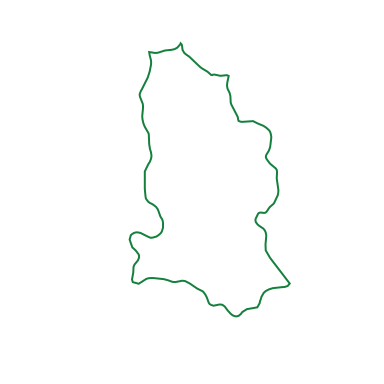 an SVG outline of Moquegua, rotated 139°
{"feature_id": "PER-574", "entity_name": "Moquegua", "entity_type": "Department", "adm_level": 1, "iso_a3": "PER", "parent_name": "Peru", "parent_adm1": "", "projection": "orthographic", "projection_center": [-70.819, -16.889], "detail": "fine", "context": "isolated", "style": "outline", "palette": "green", "viewbox_px": 384, "rotation_deg": 139, "n_neighbors": 0, "source": "natural_earth", "source_scale": "10m", "svg_char_len": 2743}
<svg xmlns="http://www.w3.org/2000/svg" viewBox="0 0 384 384"><g transform="rotate(139 192 192)"><path d="M132.5,325.7L128.6,321.1L126.4,319.5L119.5,316.5L114.3,312.8L111.3,311.2L108.4,310.6L103.7,311.2L103.1,311.6L103.0,310.1L103.9,308.4L105.9,305.5L106.6,302.0L106.1,299.1L105.3,296.2L103.9,281.2L103.3,278.5L101.4,272.7L100.7,267.7L100.1,267.0L99.2,266.8L98.1,266.0L94.3,261.0L89.3,257.5L88.9,257.1L88.2,255.5L93.5,251.5L95.8,249.3L97.4,246.7L98.6,242.1L100.1,239.2L103.9,234.4L104.5,233.3L105.0,231.9L108.2,218.8L108.9,217.5L109.7,216.3L110.2,215.1L109.3,213.3L108.1,212.0L99.4,205.4L97.4,200.5L94.7,195.1L93.8,191.9L93.4,188.7L93.4,187.2L93.8,185.5L95.2,182.8L96.4,181.1L103.6,174.6L106.8,172.8L111.5,171.3L112.8,170.5L113.7,169.3L114.1,167.5L114.5,163.1L114.4,161.4L113.3,154.7L113.6,153.0L114.6,151.4L119.1,146.7L125.6,136.7L128.0,134.3L129.6,133.2L136.8,130.0L138.2,129.6L143.0,129.6L144.7,129.3L147.7,128.4L149.2,128.1L150.6,128.4L151.7,129.3L153.6,131.4L154.7,132.1L155.9,132.3L156.7,132.1L161.6,130.0L162.8,128.9L163.6,127.3L163.8,124.5L163.5,122.5L162.2,117.7L162.2,116.4L162.3,115.1L162.8,113.4L163.8,111.5L164.8,110.1L171.1,104.0L174.7,99.5L176.3,91.0L178.3,58.8L181.5,58.3L184.5,59.6L185.7,60.5L186.0,60.8L194.1,66.4L197.7,68.0L201.5,68.9L204.1,68.8L208.4,67.3L210.2,66.1L212.4,64.9L213.9,63.7L218.4,62.1L227.5,67.6L232.9,68.4L235.1,67.9L237.9,67.9L239.9,68.8L241.4,70.5L242.3,72.5L242.7,74.8L242.8,79.3L242.4,84.1L243.1,87.0L244.8,88.9L250.4,92.1L251.6,94.1L252.2,95.9L252.0,97.5L250.0,102.7L249.2,106.0L249.0,108.9L249.1,110.1L251.4,115.6L253.7,124.4L255.6,129.2L257.5,131.4L263.6,134.9L265.0,136.2L266.0,137.5L268.0,141.1L270.5,144.8L277.6,152.4L280.0,154.5L282.1,155.8L283.6,156.4L292.4,157.7L295.8,162.8L294.7,165.3L289.1,169.8L285.4,173.7L283.9,174.6L282.3,175.1L278.0,175.8L276.5,176.4L274.8,177.4L273.7,178.8L273.2,180.0L272.9,184.0L272.9,185.2L273.1,187.4L273.4,189.3L270.3,197.0L266.6,199.5L264.6,199.5L262.4,199.1L260.5,198.1L259.0,196.6L257.7,194.8L254.2,186.3L253.1,184.4L251.6,183.4L248.3,181.8L245.6,181.4L242.9,181.4L240.8,181.9L237.3,184.1L234.1,187.7L233.2,189.2L232.4,191.0L232.2,192.9L231.7,194.9L230.0,199.1L229.2,201.4L228.9,204.3L229.6,207.9L229.8,208.3L229.8,208.6L231.0,211.5L231.4,213.4L231.3,215.3L231.1,217.3L229.6,219.7L225.5,225.4L214.1,238.5L207.1,241.5L203.9,242.5L201.4,243.8L199.5,245.2L198.4,246.5L196.8,249.1L195.4,252.2L192.9,256.2L186.9,263.7L186.2,265.1L184.9,272.0L184.3,273.9L183.4,276.2L181.7,279.3L180.5,281.0L179.7,282.0L174.0,287.4L172.4,289.2L171.3,290.9L168.8,298.0L167.9,299.5L166.8,300.5L164.5,301.7L162.7,302.3L150.1,307.5L144.6,310.9L139.5,314.9L138.1,316.3L137.2,317.4L136.4,318.6L134.1,323.2L132.5,325.7L132.5,325.7Z" fill="none" stroke="#15803d" stroke-width="2"/></g></svg>